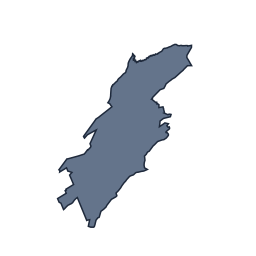 the district of Jērcēnu pag., Strencu, Latvia, rotated 140°
{"feature_id": "27541924B36272481510247", "entity_name": "Jērcēnu pag.", "entity_type": "district", "adm_level": 2, "iso_a3": "LVA", "parent_name": "Latvia", "parent_adm1": "Strencu", "projection": "natural_earth1", "projection_center": [25.654, 57.674], "detail": "fine", "context": "isolated", "style": "filled", "palette": "slate", "viewbox_px": 256, "rotation_deg": 140, "n_neighbors": 0, "source": "geoboundaries", "source_scale": "gbopen_adm2", "svg_char_len": 5138}
<svg xmlns="http://www.w3.org/2000/svg" viewBox="0 0 256 256"><g transform="rotate(140 128 128)"><path d="M139.8,83.8L140.8,86.5L140.9,87.0L140.2,88.1L139.6,89.2L137.9,90.9L136.8,91.7L135.7,92.4L133.4,95.9L131.0,96.1L128.6,97.0L126.6,96.6L120.4,98.1L119.3,98.2L118.9,98.1L114.1,98.6L112.9,98.2L110.2,97.2L109.1,96.7L108.0,96.0L107.4,96.0L105.5,95.7L103.4,96.0L101.9,96.4L101.6,96.6L101.2,97.1L101.0,97.5L101.0,99.3L101.4,99.7L101.6,99.7L101.8,100.0L101.6,100.5L100.7,100.7L97.1,100.7L96.6,100.8L96.2,101.3L95.9,101.7L95.7,102.4L96.8,102.8L96.8,104.7L94.3,105.3L96.5,108.2L98.2,108.3L103.1,108.8L101.0,110.7L99.0,112.7L95.9,112.6L94.9,112.5L94.6,112.5L88.3,109.4L86.3,110.7L86.9,111.5L87.6,112.2L88.9,112.6L90.6,116.0L90.4,115.9L88.4,120.0L88.2,120.1L88.0,120.9L87.6,121.7L91.2,123.8L89.3,126.0L89.6,126.9L89.7,127.7L90.3,127.8L89.5,129.3L90.3,129.5L91.2,134.4L90.7,134.7L91.2,135.0L89.5,135.6L78.8,136.7L75.1,135.3L72.8,136.2L70.5,137.3L66.2,137.3L64.8,137.1L62.7,137.1L59.7,136.5L51.4,136.8L49.6,136.8L48.6,136.8L48.0,137.0L42.4,137.5L39.2,134.9L38.7,137.9L38.5,138.8L38.0,141.7L37.9,142.7L37.5,144.4L36.1,145.8L27.9,148.8L27.5,149.0L26.2,150.5L29.6,152.4L29.4,152.8L30.2,153.6L32.0,154.9L33.8,156.4L33.8,156.7L34.2,157.1L34.9,157.6L35.7,157.9L37.1,159.5L37.1,160.6L37.5,161.1L38.3,161.9L40.9,162.7L42.6,162.9L44.6,163.7L46.5,164.2L47.5,164.8L48.4,165.1L48.9,165.7L50.0,165.9L52.9,165.1L55.9,165.8L56.3,165.6L57.0,165.9L57.3,165.7L57.5,165.7L57.5,165.9L57.7,166.0L58.2,165.9L58.7,166.3L59.0,166.4L59.3,166.6L59.5,166.8L59.4,166.9L59.4,167.0L59.6,167.0L59.7,166.9L60.1,166.8L60.5,166.9L60.5,166.7L60.9,166.7L61.0,166.8L61.0,167.0L61.3,167.2L61.4,167.4L61.6,167.4L61.7,167.6L61.9,167.5L62.1,167.6L62.0,167.8L62.3,167.8L62.4,168.0L62.8,168.1L63.1,168.1L63.2,168.3L63.4,168.2L63.6,168.4L63.7,168.2L63.9,168.5L64.0,168.6L64.2,168.9L64.4,168.8L64.7,168.9L64.8,169.0L65.2,169.0L65.1,168.9L65.1,168.7L65.3,168.7L65.5,168.8L65.6,169.0L65.8,168.9L66.1,168.9L66.3,168.9L66.3,169.0L66.5,168.9L66.6,169.0L66.4,169.1L66.6,169.2L66.9,169.1L67.0,169.0L67.2,168.9L67.6,168.8L67.6,168.7L67.8,168.7L68.1,169.1L68.1,169.4L68.3,169.5L68.5,169.4L69.0,169.6L69.2,169.4L69.5,169.1L69.7,168.9L70.1,168.9L70.3,168.9L70.7,169.2L71.0,169.2L71.2,169.6L71.5,169.7L71.9,169.6L72.1,169.6L72.5,169.6L72.8,169.7L72.9,169.9L73.2,169.9L73.3,170.0L73.2,170.0L73.3,170.3L73.5,170.3L73.4,170.4L73.6,170.5L73.8,170.5L74.0,170.6L74.3,170.7L74.8,170.6L75.0,170.7L75.1,171.0L75.7,171.2L75.8,171.4L75.7,171.6L75.7,171.9L75.5,172.0L76.4,172.3L77.2,172.5L77.4,172.4L77.5,172.5L77.6,172.4L77.9,172.4L78.0,172.3L78.2,172.6L78.7,172.6L78.9,172.5L79.2,172.6L79.1,172.8L79.4,172.8L79.3,173.0L78.9,173.1L79.2,173.4L79.3,173.4L79.0,173.5L79.2,173.8L79.1,174.0L79.5,174.1L79.7,174.3L79.3,174.4L78.8,174.9L78.9,175.1L78.7,175.3L79.8,176.1L80.1,176.3L79.9,176.4L79.7,176.4L79.6,176.2L79.4,176.3L79.3,176.5L79.3,176.8L79.1,177.0L79.7,177.2L79.7,177.4L79.4,177.6L79.2,177.6L78.9,177.4L78.4,177.2L78.2,177.2L78.1,177.3L78.0,177.5L78.0,177.9L77.4,178.1L77.2,178.2L76.8,178.2L76.7,178.3L76.6,178.5L76.8,178.8L76.7,179.0L77.2,179.0L77.1,179.5L77.3,179.8L77.1,180.0L76.9,180.0L76.9,180.4L77.0,180.6L76.6,180.8L76.6,181.0L76.6,181.5L76.7,181.9L77.7,180.9L78.6,180.4L81.7,179.6L83.7,178.8L85.7,177.8L86.6,177.1L87.9,175.7L88.4,175.3L89.7,174.5L92.3,173.4L93.3,172.5L94.4,172.0L95.3,172.2L97.2,172.3L97.6,172.2L100.8,171.8L102.7,171.8L103.5,171.8L104.4,171.6L106.3,170.9L106.9,170.9L107.8,171.0L108.7,170.9L110.5,170.7L111.1,170.8L111.9,170.9L112.1,170.6L112.6,170.3L113.4,170.2L113.5,170.4L114.8,169.6L115.7,169.0L120.4,164.1L120.4,163.9L120.9,163.4L121.1,163.4L121.6,162.9L122.8,162.0L123.8,161.5L125.4,160.8L127.2,160.3L126.4,158.5L126.7,154.6L143.2,155.1L143.5,155.0L143.8,155.1L146.2,155.4L146.5,155.5L149.4,154.7L167.3,150.2L167.2,149.9L167.4,149.8L167.7,149.3L167.8,149.0L167.8,148.7L167.8,148.2L165.5,148.6L163.4,148.9L155.8,147.4L153.6,146.9L167.2,140.4L168.0,138.0L169.1,137.3L172.9,136.9L173.0,137.3L177.0,136.4L178.3,136.2L183.8,138.4L187.1,139.9L194.0,143.1L194.6,143.6L206.1,140.8L207.8,140.4L207.6,139.7L207.7,139.0L208.6,138.2L200.7,137.0L201.8,133.6L201.4,133.1L199.5,130.0L203.0,129.5L206.0,119.7L214.9,121.0L215.2,120.1L216.4,120.4L217.3,117.7L227.3,119.2L228.5,115.4L227.7,113.5L229.8,106.9L228.7,106.9L225.6,107.3L223.5,107.4L223.1,107.3L222.7,107.1L221.6,107.0L220.7,106.6L218.8,106.4L218.5,106.4L216.9,106.8L216.0,107.1L214.8,107.3L213.2,107.4L211.5,107.3L219.0,83.8L218.9,83.8L216.3,82.4L221.6,78.2L220.4,76.1L218.1,74.1L217.1,74.1L216.9,74.4L216.6,74.6L215.7,75.0L213.9,76.4L213.3,76.8L213.0,77.0L211.9,77.9L208.8,78.6L208.6,78.5L208.2,78.3L207.7,78.1L207.2,78.3L202.3,81.6L198.7,81.4L195.6,81.6L194.1,82.3L192.8,82.6L186.6,84.0L181.7,83.1L181.3,83.1L180.2,83.2L179.9,83.5L179.5,84.8L179.1,85.5L179.0,85.8L178.8,85.9L177.1,86.0L176.7,86.0L176.4,86.1L175.8,86.1L172.0,86.9L169.8,87.7L166.1,88.6L164.0,88.8L162.3,89.3L159.4,89.7L158.0,89.9L157.7,89.9L156.2,89.5L154.9,89.0L154.6,88.8L153.8,88.6L152.5,88.7L151.2,88.8L150.8,88.8L150.6,88.7L149.6,88.3L148.6,87.6L146.8,86.7L145.9,86.3L143.6,84.9L141.0,84.1L139.8,83.8Z" fill="#64748b" stroke="#1e293b" stroke-width="1.5"/></g></svg>